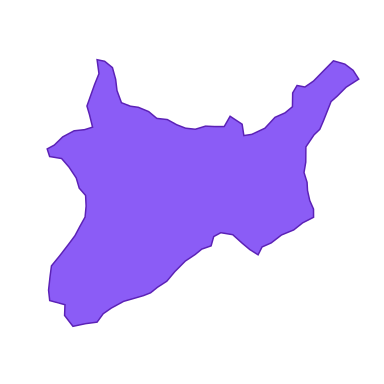 Mauá, São Paulo, Brazil (orthographic projection), rotated 8°
{"feature_id": "56859067B13191510448941", "entity_name": "Mauá", "entity_type": "district", "adm_level": 2, "iso_a3": "BRA", "parent_name": "Brazil", "parent_adm1": "São Paulo", "projection": "orthographic", "projection_center": [-46.443, -23.666], "detail": "fine", "context": "isolated", "style": "filled", "palette": "violet", "viewbox_px": 384, "rotation_deg": 8, "n_neighbors": 0, "source": "geoboundaries", "source_scale": "gbopen_adm2", "svg_char_len": 1376}
<svg xmlns="http://www.w3.org/2000/svg" viewBox="0 0 384 384"><g transform="rotate(8 192 192)"><path d="M313.8,42.4L304.2,55.3L296.9,65.2L289.2,72.3L281.2,71.9L277.9,79.9L279.6,93.6L273.1,100.7L263.8,106.5L255.3,118.7L243.2,126.6L235.5,128.9L232.2,117.9L219.2,111.7L214.8,122.7L205.8,124.0L196.2,124.9L186.5,129.4L176.7,129.7L167.4,127.5L157.5,123.7L146.9,124.0L137.9,118.4L127.1,115.6L119.0,115.6L109.7,113.4L103.6,102.0L100.7,91.0L95.9,79.9L87.3,74.7L79.6,74.2L83.4,87.8L80.6,99.0L76.0,121.5L79.6,129.4L84.5,141.6L77.0,145.2L66.7,147.8L56.3,155.4L49.1,164.7L42.6,169.5L46.1,176.7L58.2,177.0L66.7,184.4L75.4,194.2L79.8,203.9L87.1,210.2L89.1,220.7L89.6,231.7L85.5,242.4L82.2,251.5L77.0,261.0L69.8,273.7L63.1,284.7L63.2,295.4L63.6,309.1L66.2,319.3L81.9,321.3L83.0,332.0L92.8,341.6L104.9,337.2L116.1,334.1L121.0,324.9L128.2,318.2L139.5,309.8L148.5,305.8L158.3,301.4L165.0,297.6L171.0,291.2L179.5,283.8L186.1,273.2L195.0,261.3L203.9,253.4L209.6,247.2L218.4,242.7L219.7,233.1L226.2,228.3L238.3,228.6L248.8,235.7L257.3,241.0L266.2,245.0L269.0,236.7L277.5,231.4L286.6,222.1L298.0,215.4L305.9,207.1L315.9,200.1L314.7,192.0L309.8,184.1L306.2,174.5L304.6,166.4L300.2,157.1L300.5,146.6L298.5,131.5L304.9,118.4L309.8,112.2L312.2,103.4L315.2,91.0L317.1,83.1L322.5,76.8L330.0,66.8L341.4,57.0L334.6,49.1L325.6,44.1L313.8,42.4Z" fill="#8b5cf6" stroke="#5b21b6" stroke-width="1.5"/></g></svg>